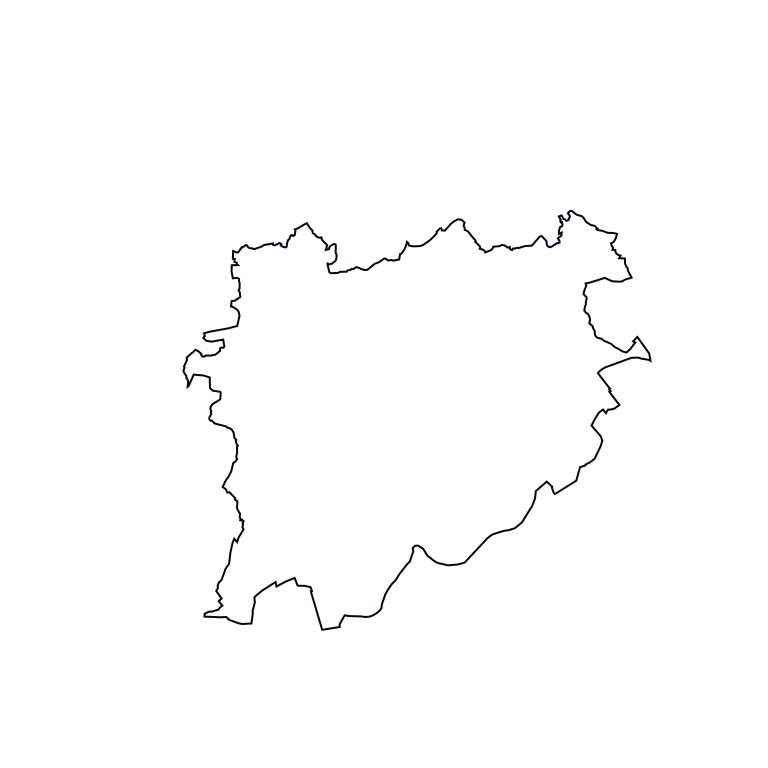 Branistea, Bistrita-Nasaud, Romania, rotated 147°
{"feature_id": "2599482B22928448752539", "entity_name": "Branistea", "entity_type": "district", "adm_level": 2, "iso_a3": "ROU", "parent_name": "Romania", "parent_adm1": "Bistrita-Nasaud", "projection": "natural_earth1", "projection_center": [24.066, 47.15], "detail": "fine", "context": "isolated", "style": "outline", "palette": "ink", "viewbox_px": 768, "rotation_deg": 147, "n_neighbors": 0, "source": "geoboundaries", "source_scale": "gbopen_adm2", "svg_char_len": 6166}
<svg xmlns="http://www.w3.org/2000/svg" viewBox="0 0 768 768"><g transform="rotate(147 384 384)"><path d="M550.3,488.6L548.9,488.7L538.5,495.5L530.8,489.5L526.6,484.4L532.2,475.3L531.2,471.7L525.6,466.6L525.6,465.7L529.7,460.3L538.8,460.5L541.5,459.4L543.3,457.6L543.8,454.9L544.5,454.7L545.3,452.8L546.3,452.5L549.5,450.4L549.6,448.5L549.2,447.4L548.3,447.2L547.5,443.1L539.5,434.4L539.2,433.1L536.9,429.9L536.4,427.2L536.7,424.9L538.8,420.3L538.3,417.8L539.4,416.9L540.3,413.8L540.2,411.8L541.7,411.2L544.5,406.4L547.4,403.8L548.2,401.0L550.7,399.9L553.5,399.8L559.8,393.8L566.6,390.1L568.1,389.9L575.4,385.6L574.0,381.8L574.5,378.3L572.5,377.3L571.0,369.2L571.9,368.5L571.8,367.4L570.9,366.4L571.0,365.2L574.8,360.1L575.3,358.0L575.4,353.6L577.4,351.1L577.7,349.0L578.8,348.0L578.1,347.3L576.9,347.3L576.5,345.3L578.3,344.5L578.3,343.5L580.8,340.9L580.9,338.7L589.6,334.4L593.3,331.4L593.9,335.8L598.0,332.8L604.6,326.3L611.7,317.7L617.3,315.4L626.9,308.2L630.2,307.5L632.4,306.3L633.7,304.9L634.5,303.2L637.4,301.9L637.0,292.6L640.8,292.0L640.3,286.1L642.1,286.1L645.9,285.0L651.6,286.6L655.3,288.5L659.6,289.0L661.2,286.7L648.9,277.9L643.2,274.5L642.2,270.3L635.9,262.1L633.5,259.8L625.6,255.4L618.6,263.5L618.1,264.9L611.3,271.1L609.0,275.5L606.5,276.2L598.0,277.1L582.8,277.0L584.5,272.7L574.5,271.9L564.6,270.0L566.2,262.3L565.6,261.3L560.9,258.3L556.3,253.7L557.0,249.7L558.3,250.0L569.7,211.5L553.4,204.3L552.2,206.6L543.0,211.4L540.2,208.8L529.7,201.5L526.8,198.9L523.1,196.9L519.6,196.0L514.1,195.8L509.9,196.6L508.0,197.6L505.8,200.4L497.3,207.0L492.9,209.2L486.9,211.8L480.7,213.2L475.0,216.0L462.5,220.4L459.4,220.8L450.6,227.6L449.2,230.8L446.1,231.4L443.5,230.0L440.9,224.5L441.1,216.4L438.0,207.4L436.3,204.5L429.1,197.1L420.6,192.5L413.6,190.3L381.3,198.3L377.6,198.7L374.3,198.6L363.8,195.7L359.0,193.5L352.8,191.8L343.7,192.8L325.9,201.2L319.7,205.7L315.0,211.5L300.7,213.5L298.9,206.2L299.5,205.9L300.3,203.0L300.9,200.4L300.6,198.6L275.4,198.2L264.8,207.5L259.7,206.0L259.0,206.7L253.8,206.1L248.0,206.6L236.3,213.8L231.7,217.6L230.7,222.4L232.6,236.1L226.0,239.9L219.2,243.0L214.2,243.3L213.8,238.6L210.2,240.5L207.3,238.9L204.1,237.9L198.0,238.2L199.3,254.7L197.8,254.6L198.1,257.0L197.1,257.1L198.7,276.6L194.5,277.6L189.6,277.5L162.3,271.2L156.3,267.6L154.7,265.5L148.8,260.0L147.9,258.3L145.2,264.5L145.0,265.9L145.9,285.5L151.9,284.1L150.6,282.0L158.0,279.3L163.5,278.3L166.6,281.9L167.7,284.8L170.3,289.2L171.7,294.0L176.2,300.9L176.9,303.5L180.0,306.7L180.4,309.8L179.6,311.8L178.6,313.2L178.1,317.5L177.5,318.6L178.7,323.1L175.9,326.0L174.8,330.1L174.8,332.0L175.8,333.3L176.0,336.5L173.3,339.5L171.5,340.6L170.0,342.9L167.7,345.0L166.9,346.5L167.7,350.7L164.6,353.7L160.8,356.3L160.1,358.6L157.0,357.2L141.0,352.7L136.6,345.8L130.7,341.5L128.4,340.4L124.7,340.2L118.4,338.3L117.7,346.0L116.6,348.7L116.9,350.6L116.1,354.1L113.6,358.1L118.3,361.4L115.7,362.8L117.6,365.3L118.1,366.9L117.8,369.2L117.1,370.4L119.3,372.1L118.0,372.9L117.7,373.8L117.7,376.2L116.9,378.4L114.7,378.0L112.4,378.8L109.7,380.3L106.8,383.0L109.1,385.5L114.1,389.0L117.3,393.4L120.9,396.7L121.5,397.8L120.4,398.2L120.7,398.5L121.0,401.6L124.0,404.9L126.2,409.8L126.1,414.0L126.7,417.0L130.3,421.1L132.3,426.9L133.6,427.8L136.8,427.0L136.5,424.3L137.0,423.0L139.0,422.0L139.6,421.1L140.4,421.0L142.2,421.6L142.6,423.5L143.6,424.8L143.2,428.7L146.1,429.3L146.4,425.3L147.3,424.8L147.7,423.4L146.5,422.8L147.2,421.8L147.1,420.8L148.8,419.3L150.6,419.8L153.2,417.8L155.5,414.6L152.5,414.2L154.3,411.9L158.8,411.5L159.0,408.2L159.7,407.0L161.5,407.3L162.1,407.9L168.1,407.9L170.4,408.3L171.6,410.2L171.7,411.9L169.9,415.4L171.2,422.3L173.2,422.8L184.5,419.5L190.7,422.9L197.1,424.7L197.9,425.6L200.7,426.3L201.2,427.0L202.0,427.3L203.7,426.5L204.7,428.2L204.0,430.4L205.8,430.8L207.6,434.9L209.7,436.5L212.3,436.8L217.5,439.6L218.9,438.5L221.2,438.0L227.4,439.1L227.0,440.7L228.2,443.3L230.1,445.2L228.6,446.7L230.0,453.6L229.3,453.9L229.1,455.3L229.6,457.2L230.5,466.4L232.3,469.3L231.2,471.5L231.1,473.3L228.5,475.5L229.5,479.6L232.6,482.0L236.8,482.3L240.9,481.8L249.3,479.5L251.8,481.2L251.2,483.5L252.7,484.0L257.0,483.0L257.5,481.9L258.7,481.3L266.8,479.6L275.7,479.3L278.6,480.0L284.8,483.7L286.4,485.3L287.6,486.5L286.9,489.1L287.3,490.6L290.8,487.5L293.4,485.9L298.1,483.8L299.8,484.2L303.4,480.2L308.9,482.3L310.1,483.8L313.3,485.4L314.4,488.2L315.5,489.1L322.3,488.9L326.1,489.9L335.7,488.8L338.1,490.1L340.9,493.3L341.5,494.8L343.4,497.0L345.4,497.3L346.8,496.9L348.5,498.2L350.4,498.0L352.3,499.1L354.2,498.5L360.0,502.2L361.6,502.0L367.5,505.4L368.4,506.2L368.9,507.7L366.0,515.6L365.5,515.7L365.5,514.8L364.8,514.2L362.1,513.3L358.2,513.6L356.5,514.3L353.8,517.4L352.8,520.9L349.2,526.0L348.6,527.6L349.4,528.5L350.6,528.8L353.4,528.9L355.5,528.4L356.6,527.1L359.8,528.2L356.0,531.3L357.4,538.2L357.4,539.6L356.6,540.9L359.1,542.3L360.5,544.9L360.2,546.7L361.6,549.2L360.4,551.9L361.1,554.5L361.2,561.0L372.3,561.6L374.6,562.2L374.5,561.2L377.6,557.6L379.3,557.6L380.1,558.2L380.1,559.2L381.7,559.3L384.6,557.0L386.5,556.8L391.2,552.0L391.9,552.0L393.7,553.6L394.8,555.7L395.1,556.5L393.9,557.3L394.8,559.1L400.1,559.8L401.4,561.2L400.6,562.3L409.2,566.0L411.3,565.8L418.8,567.6L420.3,568.7L420.5,569.5L422.8,571.1L423.6,573.5L423.4,574.8L424.1,575.8L428.2,575.6L428.7,576.2L434.4,573.9L435.7,574.3L438.1,577.7L442.6,571.3L441.1,570.1L443.0,568.0L441.4,565.8L442.2,564.9L441.8,563.3L447.0,566.5L450.6,561.3L453.2,555.0L449.1,552.8L448.3,551.1L449.6,549.2L450.0,547.5L452.3,543.9L453.2,542.7L454.9,541.9L455.0,539.7L457.0,535.3L463.9,535.1L466.7,536.5L470.1,532.3L469.4,532.0L466.9,527.0L466.5,524.4L466.9,522.8L468.0,519.9L475.5,512.6L484.3,515.5L501.5,522.7L507.4,524.6L508.1,521.8L510.4,521.1L509.6,517.2L505.7,513.5L494.7,508.8L497.3,502.7L497.9,502.2L498.9,501.8L500.6,503.2L501.5,503.3L502.2,503.1L503.3,501.1L509.3,500.4L513.9,502.2L517.7,504.8L518.8,505.1L519.8,504.7L521.4,506.2L521.5,507.6L520.9,508.6L521.8,512.6L523.7,515.5L527.3,514.5L528.0,514.7L535.2,513.6L535.9,511.6L542.3,507.5L542.4,506.3L544.8,504.6L545.5,502.4L545.4,498.2L546.4,496.9L546.4,494.7L546.8,492.8L550.3,488.6Z" fill="none" stroke="#020617" stroke-width="2"/></g></svg>